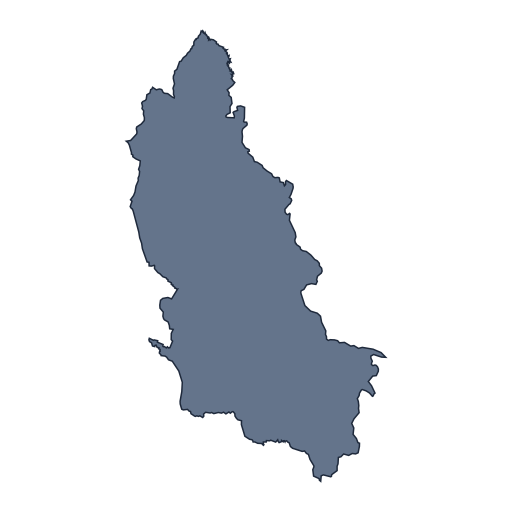 Kaeng Khoi, Saraburi, Thailand
{"feature_id": "78962969B58188508241949", "entity_name": "Kaeng Khoi", "entity_type": "district", "adm_level": 2, "iso_a3": "THA", "parent_name": "Thailand", "parent_adm1": "Saraburi", "projection": "robinson", "projection_center": [101.053, 14.576], "detail": "fine", "context": "isolated", "style": "filled", "palette": "slate", "viewbox_px": 512, "rotation_deg": 0, "n_neighbors": 0, "source": "geoboundaries", "source_scale": "gbopen_adm2", "svg_char_len": 6003}
<svg xmlns="http://www.w3.org/2000/svg" viewBox="0 0 512 512"><path d="M320.7,481.3L321.2,475.8L323.4,474.9L330.8,476.8L331.5,476.2L331.6,474.7L337.1,470.6L337.1,466.2L338.0,463.9L338.4,457.4L340.9,456.8L343.6,454.0L348.7,455.4L352.2,453.5L355.6,453.9L358.1,452.8L359.4,446.5L359.5,443.2L357.9,442.6L356.4,438.5L353.1,434.4L353.8,428.0L351.7,423.4L354.0,418.8L359.1,412.7L358.5,408.4L358.8,405.6L358.3,401.3L357.3,398.6L359.1,395.6L359.5,393.1L361.4,390.0L362.2,389.5L366.2,390.9L369.5,393.0L372.4,396.3L373.1,396.0L374.0,393.9L375.0,393.1L371.5,385.7L368.3,381.5L372.7,376.1L376.3,375.6L378.3,371.3L378.4,369.1L377.5,366.8L376.1,365.3L374.9,365.0L372.9,365.6L371.5,364.6L371.5,363.4L372.3,361.2L370.9,358.2L370.8,356.1L373.6,354.5L381.5,357.1L385.7,357.3L381.1,352.6L373.1,349.2L362.3,347.4L358.5,348.4L353.9,345.6L350.7,346.1L344.5,342.4L339.4,342.8L337.6,340.7L334.5,339.9L330.2,339.7L328.3,340.4L326.5,339.1L326.5,336.7L325.5,334.5L325.8,330.9L321.6,322.3L320.5,316.2L317.3,313.2L310.6,311.1L304.9,305.6L301.0,293.6L300.8,292.3L301.2,290.7L303.9,289.4L306.6,284.9L311.5,283.6L315.9,284.4L317.3,281.3L316.6,279.8L317.5,276.2L321.3,273.1L322.1,271.1L321.6,268.2L319.4,265.7L319.3,263.3L317.2,260.8L314.7,259.5L311.0,255.2L306.3,251.5L302.6,250.7L300.6,249.3L300.1,247.1L296.3,244.4L296.1,243.4L295.3,242.9L294.8,240.0L295.9,236.9L295.2,232.6L289.4,220.3L290.1,214.0L289.6,213.4L287.9,214.6L286.6,214.3L285.1,212.3L284.9,209.3L288.9,204.5L290.1,203.8L291.7,200.4L291.2,198.8L289.3,197.5L291.0,194.4L293.0,188.5L293.2,186.9L292.7,184.2L286.4,180.5L285.5,181.7L285.6,184.5L284.4,185.8L283.4,182.6L280.1,181.9L279.3,177.9L278.0,177.4L274.9,177.7L272.9,176.5L271.6,173.8L267.3,171.2L263.1,167.8L262.1,165.4L257.1,162.2L254.4,161.6L252.8,157.2L248.1,153.2L247.8,151.8L249.3,151.2L249.1,149.6L245.4,147.8L242.0,142.4L242.5,136.3L242.0,131.9L242.3,130.1L242.9,128.6L246.9,125.2L247.2,123.9L246.6,122.2L244.2,122.1L243.6,121.4L244.4,118.1L244.6,107.3L240.6,105.9L237.4,106.4L236.9,107.3L237.6,110.4L234.1,111.6L233.1,112.4L234.4,116.0L234.2,117.8L227.5,117.5L226.1,117.0L225.8,116.0L227.0,114.4L230.2,112.8L230.0,106.6L232.0,103.5L231.2,97.4L228.9,95.4L229.1,92.7L227.2,89.8L232.7,85.3L234.8,82.5L232.6,80.4L232.4,79.4L231.3,78.7L232.1,77.5L232.0,76.3L232.7,76.1L231.5,74.6L232.7,74.9L232.9,73.6L233.7,73.6L233.1,71.9L232.4,72.0L232.7,72.8L232.1,72.7L231.5,70.1L231.0,71.3L230.0,70.9L230.7,70.1L229.6,69.3L229.9,68.1L228.8,67.9L228.8,67.0L228.1,66.4L228.5,65.7L227.9,65.1L226.7,64.9L228.0,64.6L227.0,63.4L227.3,62.8L227.6,63.3L228.1,63.0L228.0,61.4L228.6,61.4L228.6,63.1L228.8,62.5L229.5,63.2L229.9,61.7L230.8,62.0L229.8,60.1L230.3,58.8L229.2,59.1L228.2,56.9L228.9,56.4L229.1,55.4L227.9,55.8L227.2,54.5L227.3,53.6L226.6,53.5L227.1,52.5L225.3,51.1L226.8,49.8L224.9,50.0L224.9,49.1L223.6,48.8L223.0,48.1L223.5,47.3L218.9,45.6L217.9,44.0L216.8,44.0L216.2,43.2L216.5,42.0L213.4,39.8L210.8,39.3L210.1,40.1L209.5,39.0L208.7,39.8L208.9,37.3L208.2,36.8L208.2,37.7L207.7,38.0L207.6,36.4L206.3,35.3L206.5,34.9L205.4,33.8L205.0,32.5L204.4,33.6L203.2,32.6L203.3,31.7L202.7,30.7L202.0,31.6L201.2,31.0L200.2,34.3L198.4,36.2L198.1,37.9L196.0,38.8L196.2,39.5L195.2,39.8L193.9,42.0L193.8,45.2L192.3,46.4L191.7,48.6L191.0,48.7L189.9,51.1L187.5,53.2L186.3,55.4L183.3,57.7L181.1,61.2L179.6,61.6L176.9,69.3L174.6,71.1L174.6,73.6L173.4,76.1L173.3,78.5L174.5,83.9L173.0,88.2L173.6,90.8L173.5,94.4L174.4,96.5L174.2,97.9L172.5,97.2L167.7,93.6L164.4,93.3L163.0,92.2L161.9,89.8L161.0,89.3L159.3,89.0L156.3,89.8L152.6,87.3L151.9,89.0L150.7,89.6L149.9,93.0L146.9,94.7L146.2,99.4L145.3,100.4L142.7,101.6L141.7,103.0L142.5,106.2L142.0,108.6L143.7,110.8L143.4,114.2L144.4,117.6L144.3,120.5L141.3,124.0L136.7,127.0L136.3,128.7L137.0,132.0L136.7,133.9L130.6,140.5L126.3,141.2L128.1,142.7L129.3,145.0L131.5,152.7L131.4,154.1L132.9,155.1L132.8,156.7L135.9,158.9L140.3,160.9L139.8,165.7L138.6,169.3L139.6,171.4L139.2,175.5L138.1,178.1L138.3,180.6L136.0,186.0L135.0,192.0L133.6,195.5L130.5,199.8L132.0,201.2L130.2,206.6L131.4,208.5L132.3,208.9L133.2,211.1L138.8,232.1L139.7,237.8L141.6,243.2L142.4,248.7L147.1,262.0L149.0,262.3L149.1,265.9L151.5,266.1L154.2,265.3L154.6,265.8L154.5,268.6L157.9,272.6L160.0,273.8L162.8,276.7L166.2,277.9L166.9,279.1L167.9,279.5L168.0,281.2L171.3,282.7L171.6,283.8L171.2,284.1L172.1,285.0L172.9,285.0L172.8,285.8L175.0,287.5L174.9,288.2L176.7,288.7L176.9,289.6L177.4,289.4L171.6,298.9L167.9,297.5L162.8,298.4L160.5,300.3L159.8,305.1L160.0,308.2L163.3,312.1L162.9,316.2L163.6,318.7L164.5,319.9L168.1,321.9L169.3,325.3L169.7,328.8L173.2,329.4L171.3,333.4L171.2,339.6L172.6,341.1L169.9,347.7L168.4,347.9L167.4,346.8L166.3,347.9L164.3,346.5L163.3,346.7L162.8,346.1L163.1,344.5L157.4,342.2L157.7,340.7L154.1,339.9L153.4,340.3L149.3,338.3L148.9,339.8L149.5,341.6L151.5,342.8L152.5,346.0L154.7,346.6L154.9,345.5L156.1,345.1L157.0,347.2L158.9,347.9L158.5,348.3L158.9,349.0L160.1,349.4L160.1,351.2L159.7,351.1L159.3,353.0L161.0,354.9L161.1,355.6L165.1,356.1L166.7,357.2L168.5,359.8L172.3,361.2L178.8,371.0L182.3,382.3L181.8,391.6L180.1,401.2L180.2,404.0L181.7,409.2L183.3,409.9L187.5,409.4L189.2,411.2L190.5,411.5L191.0,413.7L194.6,416.1L195.5,416.4L196.7,415.8L198.6,416.4L199.8,415.8L202.7,417.5L203.8,416.2L203.6,414.0L205.6,412.3L210.2,413.0L211.6,412.5L213.8,413.6L218.3,412.5L221.5,413.1L223.6,412.2L225.9,413.9L228.9,412.0L230.3,413.2L232.2,411.7L233.2,411.7L234.8,413.6L235.0,416.1L236.5,418.4L237.9,419.8L241.5,420.7L241.4,424.6L244.9,436.3L249.6,439.3L251.9,439.7L252.7,440.5L253.1,442.0L254.9,442.0L257.7,443.3L261.6,443.5L263.4,445.3L263.9,444.7L263.2,443.3L263.3,442.0L266.2,442.0L266.4,440.6L269.8,440.8L270.7,440.2L275.7,442.1L277.7,439.8L278.1,441.3L279.1,442.6L281.6,441.6L281.6,440.5L283.2,441.8L283.6,440.8L284.3,440.7L285.0,441.9L285.2,441.3L286.7,440.8L287.6,442.0L289.2,442.8L290.4,446.5L292.6,448.3L302.2,451.4L304.6,451.0L306.4,453.4L308.4,454.4L310.0,459.4L313.8,465.7L313.9,466.8L312.8,469.7L313.6,476.1L319.1,478.6L319.4,480.2L320.7,481.3Z" fill="#64748b" stroke="#1e293b" stroke-width="1.5"/></svg>